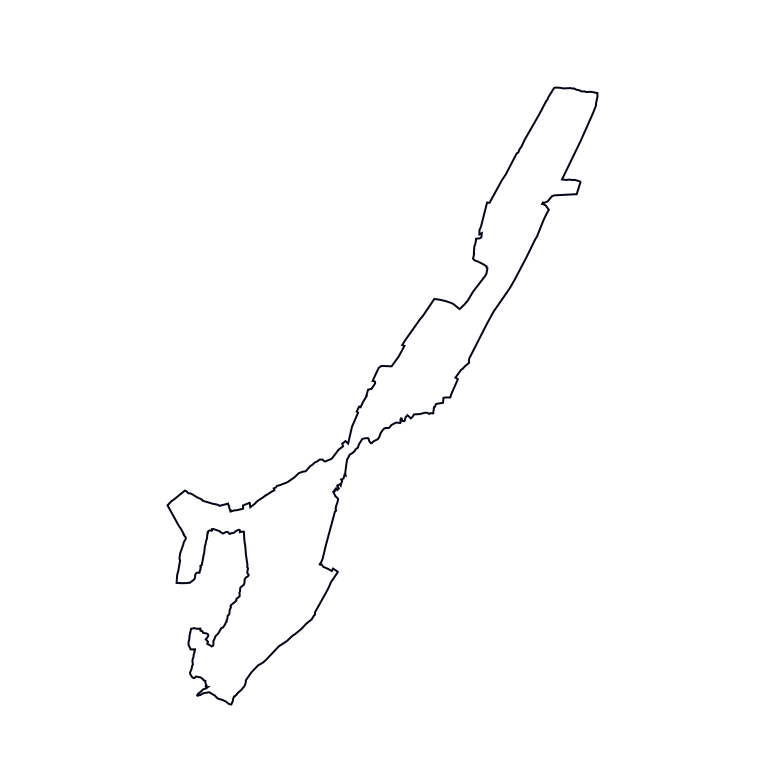 Harlau, Iasi, Romania, rotated 309°
{"feature_id": "2599482B57986450860994", "entity_name": "Harlau", "entity_type": "district", "adm_level": 2, "iso_a3": "ROU", "parent_name": "Romania", "parent_adm1": "Iasi", "projection": "robinson", "projection_center": [26.866, 47.433], "detail": "fine", "context": "isolated", "style": "outline", "palette": "ink", "viewbox_px": 768, "rotation_deg": 309, "n_neighbors": 0, "source": "geoboundaries", "source_scale": "gbopen_adm2", "svg_char_len": 6055}
<svg xmlns="http://www.w3.org/2000/svg" viewBox="0 0 768 768"><g transform="rotate(309 384 384)"><path d="M744.4,366.8L741.5,361.2L738.2,357.5L737.6,355.7L735.8,353.6L735.3,352.0L735.4,351.5L733.8,348.3L733.2,345.5L732.3,344.7L731.4,342.8L726.7,337.5L725.0,334.4L722.4,330.8L721.1,329.9L709.8,331.3L707.7,332.1L706.0,332.0L691.5,334.9L661.9,339.7L655.3,341.4L651.1,341.7L649.3,342.5L648.1,342.6L646.8,342.0L623.2,346.8L616.5,347.4L591.2,352.0L589.9,349.9L567.2,360.4L563.7,361.3L560.3,364.0L562.8,365.1L559.0,367.4L557.3,366.6L554.8,364.1L553.3,365.3L552.6,365.4L551.7,366.2L547.7,367.7L541.8,371.8L541.8,372.2L537.4,374.3L537.1,376.9L538.1,379.3L539.5,385.6L540.0,389.7L539.2,390.1L539.1,391.5L534.6,394.0L532.2,394.6L511.8,395.1L501.5,396.6L496.3,396.5L489.8,395.6L489.8,387.2L489.0,384.5L487.2,379.7L484.9,374.9L481.8,369.6L462.1,371.3L456.7,371.3L431.7,372.9L425.7,373.6L426.5,375.9L414.7,378.1L402.5,378.8L396.6,370.8L393.3,369.7L379.2,373.2L380.1,374.8L380.0,375.7L379.2,376.5L377.7,376.9L372.2,377.3L369.7,375.2L363.8,377.6L363.9,378.1L357.3,378.9L351.2,380.4L350.8,378.9L345.4,380.1L345.4,381.9L330.7,386.0L315.1,393.6L315.4,390.0L311.3,389.1L309.8,391.4L304.3,390.1L293.0,390.4L286.7,387.0L286.4,386.2L286.6,383.9L284.7,381.5L281.4,380.7L279.7,379.7L275.5,379.0L273.4,378.3L267.0,378.1L264.8,376.1L261.1,373.9L255.3,373.2L247.0,370.8L239.9,366.8L237.4,364.9L235.5,365.1L233.4,364.0L232.4,365.7L229.8,364.5L223.5,362.5L223.6,362.3L222.6,361.9L220.6,361.6L212.5,359.1L209.8,359.0L204.1,357.7L205.5,356.0L207.0,354.8L207.1,354.3L200.9,350.9L198.4,353.0L193.4,349.1L191.2,346.9L189.2,345.7L189.4,345.0L188.4,344.8L190.6,341.4L191.7,340.4L191.8,339.7L192.9,338.1L185.7,332.8L185.8,331.7L185.0,329.7L183.1,326.1L179.4,317.1L179.2,316.1L179.6,315.6L179.3,313.8L178.3,309.9L177.6,304.2L176.9,302.0L176.3,301.3L176.0,300.3L176.3,298.1L175.8,296.3L161.4,293.3L159.6,292.6L153.5,292.1L144.8,313.4L143.6,317.5L141.3,323.0L140.9,322.9L139.9,326.7L138.6,327.5L134.6,328.1L133.3,328.9L124.0,332.2L120.2,334.5L119.1,335.5L118.7,336.5L109.2,341.8L105.5,343.4L98.9,348.0L101.7,351.9L105.6,356.5L107.2,357.7L107.3,358.2L112.8,359.5L114.7,358.9L117.0,357.3L119.1,357.1L119.7,357.4L120.9,359.2L121.7,359.3L122.6,358.4L124.3,358.2L125.2,357.3L126.1,357.2L126.5,356.2L127.1,355.8L128.5,356.4L138.2,351.1L138.9,351.0L145.5,346.7L146.9,346.3L150.5,344.3L152.1,343.9L157.0,340.7L157.5,340.9L158.0,340.1L159.9,340.3L160.7,340.9L161.5,342.5L162.0,342.5L162.9,341.6L163.9,342.6L166.1,348.6L166.0,350.3L166.5,353.0L169.4,354.3L170.2,355.0L170.8,356.4L170.3,357.3L170.3,358.4L171.1,359.0L172.0,359.2L173.1,360.4L174.6,361.3L176.1,361.3L179.3,362.8L179.6,363.8L179.4,364.4L178.2,365.3L179.9,366.6L181.0,368.1L174.9,373.6L170.6,378.3L164.5,384.1L157.6,391.6L155.5,393.1L155.2,394.3L151.3,396.4L150.4,399.0L150.0,399.3L148.2,399.1L147.0,398.5L144.6,398.6L141.3,400.9L139.7,401.4L135.6,400.5L133.9,401.3L132.5,402.5L130.4,403.2L129.6,404.4L127.9,405.4L124.6,404.6L123.6,404.7L122.9,405.5L122.4,405.6L116.3,404.3L115.2,404.4L114.6,404.7L114.2,405.6L111.4,406.2L108.4,408.3L107.1,408.7L105.7,408.3L102.7,410.1L101.1,410.4L100.5,411.3L99.3,411.1L97.1,411.8L93.5,412.1L91.9,411.2L85.7,412.2L82.1,411.8L76.5,413.4L73.6,415.8L72.8,415.8L71.5,415.1L71.5,413.2L70.8,410.2L73.0,409.3L73.4,406.1L75.6,406.3L78.0,405.8L78.6,405.0L78.7,404.1L78.2,402.6L76.8,400.1L77.6,398.3L76.8,396.8L77.3,396.5L77.7,395.9L77.5,395.4L78.2,395.1L76.5,393.2L74.9,390.7L75.0,390.3L72.4,388.1L66.2,391.2L62.8,393.5L60.7,394.4L58.1,396.4L57.0,399.1L56.0,400.7L58.9,404.1L58.1,404.7L57.2,404.6L56.4,405.6L54.5,406.1L51.8,407.8L49.6,408.5L47.8,409.8L45.6,412.1L44.2,412.3L41.6,413.7L37.6,414.9L36.7,415.9L35.5,418.9L35.6,421.2L36.4,421.8L38.4,421.9L39.1,423.6L40.5,425.9L40.7,429.1L40.2,430.5L40.9,432.0L39.0,433.7L38.2,435.6L37.0,435.5L36.7,435.8L36.6,436.1L37.9,437.9L35.5,437.4L33.5,436.0L32.0,435.5L29.3,435.2L25.9,434.4L23.6,435.1L24.5,435.2L26.7,437.0L29.6,438.0L34.4,442.0L35.4,448.5L34.9,452.0L35.3,453.8L36.8,457.2L37.7,461.1L37.7,464.2L38.1,465.8L38.9,467.0L42.6,466.0L43.6,465.2L46.7,464.1L47.6,464.7L48.2,464.5L49.4,465.0L51.0,464.7L56.4,465.6L61.1,465.7L63.1,465.2L65.8,464.0L66.7,463.1L76.4,462.4L86.0,463.2L91.8,465.4L95.3,465.9L114.2,467.4L123.1,470.3L130.7,471.3L134.1,472.4L142.0,474.0L148.7,474.4L155.5,475.9L159.9,475.3L161.4,475.5L163.0,474.1L185.6,470.2L191.4,469.0L196.6,467.5L208.7,466.5L209.0,466.2L208.5,460.6L205.8,461.1L205.1,456.9L203.7,451.7L204.5,449.4L203.9,448.3L203.4,448.1L203.5,447.4L205.9,447.4L210.2,446.0L221.9,440.4L253.9,426.2L255.5,426.5L256.3,425.1L257.3,424.5L259.5,423.4L263.3,422.1L265.5,420.8L266.0,420.2L266.3,416.4L266.7,416.0L268.2,412.4L269.5,412.6L269.5,413.1L270.4,413.2L270.9,412.8L270.9,412.4L272.8,412.4L272.2,414.4L274.3,414.7L275.6,411.6L278.2,412.7L277.8,414.3L280.3,413.1L282.3,412.6L282.8,410.8L285.0,412.0L288.5,410.5L288.7,411.8L290.5,409.8L302.2,402.7L303.7,402.7L307.4,401.8L310.5,402.9L313.4,403.4L315.3,403.0L318.1,403.8L321.3,402.5L327.4,401.7L329.5,403.0L331.9,405.7L331.8,406.5L330.5,408.2L330.0,409.6L329.8,411.1L330.4,411.7L332.7,411.9L337.2,413.9L339.9,413.7L344.1,412.2L348.9,412.0L350.9,412.9L353.1,415.6L356.8,415.6L361.3,417.5L362.4,418.7L363.9,421.2L364.9,420.9L366.6,419.2L368.0,418.8L368.3,419.2L368.2,419.6L367.0,421.5L367.8,423.1L368.5,423.2L371.5,421.8L374.5,421.8L374.2,426.5L376.4,426.8L379.3,426.5L383.1,430.7L387.4,433.9L388.9,435.8L389.2,438.0L390.6,438.5L392.1,440.7L397.4,437.5L397.7,437.9L401.4,437.1L406.5,441.7L410.7,438.9L412.7,440.8L415.2,444.0L418.0,442.8L434.2,438.4L433.9,435.5L443.9,435.0L445.0,435.5L449.2,435.8L454.0,436.8L456.1,434.9L457.9,434.1L496.6,425.9L509.3,423.6L537.6,421.5L547.4,419.9L572.5,414.9L591.4,410.5L594.5,410.2L611.2,405.0L618.6,403.2L623.1,402.5L624.5,397.2L624.2,395.2L623.4,393.6L625.1,393.3L625.8,394.5L628.9,396.3L635.8,396.3L638.0,397.9L652.8,414.3L664.6,409.6L664.7,408.6L662.4,403.3L661.7,402.8L660.7,401.5L659.9,399.9L657.0,396.9L655.0,393.6L696.5,383.9L726.3,375.9L733.8,373.5L735.1,372.4L742.3,368.7L743.6,367.2L744.4,366.8Z" fill="none" stroke="#020617" stroke-width="2"/></g></svg>